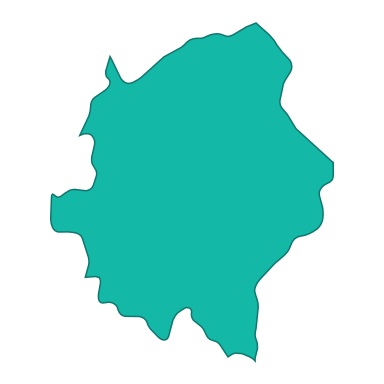 the Region of `Asir
{"feature_id": "SAU-886", "entity_name": "`Asir", "entity_type": "Region", "adm_level": 1, "iso_a3": "SAU", "parent_name": "Saudi Arabia", "parent_adm1": "", "projection": "albers", "projection_center": [42.804, 19.207], "detail": "fine", "context": "isolated", "style": "filled", "palette": "teal", "viewbox_px": 384, "rotation_deg": 0, "n_neighbors": 0, "source": "natural_earth", "source_scale": "10m", "svg_char_len": 2934}
<svg xmlns="http://www.w3.org/2000/svg" viewBox="0 0 384 384"><path d="M255.1,361.0L253.3,359.0L249.4,356.7L242.7,353.9L241.2,353.5L238.1,353.4L236.5,353.0L234.5,353.3L232.5,354.0L228.0,356.9L220.4,345.4L218.9,343.5L217.0,341.9L210.0,339.4L208.3,338.0L207.0,336.3L204.0,330.2L202.8,328.2L200.5,325.9L193.4,320.2L192.0,317.7L191.4,315.4L191.6,311.5L191.2,309.7L190.0,308.2L186.5,307.5L185.7,307.7L181.5,310.1L177.7,312.9L176.1,314.6L174.9,316.4L172.9,320.2L168.7,336.0L167.9,337.8L166.6,339.3L164.9,339.9L163.1,339.9L161.0,339.1L158.8,337.6L150.3,328.8L148.8,326.5L147.7,324.3L147.0,322.3L145.9,320.2L144.1,318.4L141.6,317.1L139.4,316.5L125.1,316.3L123.0,315.7L121.1,314.7L119.2,312.3L118.3,310.4L117.2,306.9L116.5,305.9L115.1,304.4L112.7,303.0L110.6,302.4L108.7,302.2L102.6,303.0L100.8,302.5L99.3,301.1L98.5,298.5L98.4,296.3L98.5,294.1L100.5,282.7L100.4,280.8L100.0,279.0L99.1,277.5L95.6,276.5L85.3,277.3L88.6,265.2L89.0,262.5L88.9,260.0L88.4,257.1L82.3,238.2L81.3,236.3L79.7,234.7L78.0,233.7L76.1,233.0L72.3,232.3L68.3,231.9L58.5,232.0L56.7,231.5L54.9,230.5L53.4,228.9L52.4,227.0L51.7,225.0L51.2,223.1L50.7,219.1L51.5,196.8L51.8,195.1L52.6,194.1L54.0,194.9L55.6,196.1L57.3,197.1L59.1,197.1L60.8,196.3L65.4,192.9L69.4,190.5L71.4,189.9L73.3,189.5L75.3,189.5L85.3,190.7L86.6,190.6L88.0,190.3L89.7,189.6L91.3,188.4L92.6,186.7L93.5,184.9L96.6,175.2L96.6,172.8L96.1,170.5L92.3,164.0L91.8,162.1L91.6,159.5L91.7,157.3L94.5,144.9L94.7,142.9L94.6,141.0L94.0,139.0L93.0,137.1L91.7,135.4L90.5,134.6L89.2,134.0L87.5,133.7L83.7,133.9L79.7,135.5L88.9,115.9L90.2,111.1L90.8,104.3L91.5,101.8L92.9,99.2L94.8,97.4L105.5,90.0L107.4,88.2L109.4,85.3L110.0,82.9L109.8,80.7L108.6,78.9L106.4,76.6L105.8,73.8L105.7,71.3L110.0,56.6L111.6,59.4L120.7,78.3L122.2,80.2L123.9,81.7L125.7,82.8L127.7,83.4L130.3,83.3L133.3,82.3L138.1,79.6L141.2,77.4L163.9,56.9L181.6,47.2L184.0,45.1L187.5,41.7L189.7,40.1L192.2,39.1L195.4,38.4L201.0,38.3L202.3,38.1L204.1,37.5L209.6,35.1L212.5,34.3L216.3,33.8L218.8,33.9L221.1,34.4L226.9,36.4L229.5,36.2L232.6,35.1L246.6,26.8L256.0,23.0L269.1,34.7L274.1,40.4L276.9,45.0L282.3,52.1L289.8,60.2L291.0,62.5L291.5,64.6L291.7,66.3L291.7,68.1L291.6,68.5L291.0,70.5L290.2,72.2L285.0,80.5L283.3,84.2L279.9,100.6L279.9,102.9L280.6,105.9L282.0,108.2L287.2,114.3L296.0,128.7L331.6,161.2L333.2,162.3L333.3,174.3L333.0,177.4L332.3,179.6L331.4,180.7L330.0,181.9L324.1,185.1L322.0,187.0L319.8,190.4L319.2,193.0L319.3,195.3L322.6,207.4L323.0,211.6L323.1,214.9L322.8,218.5L322.2,221.1L321.3,223.5L320.2,225.4L318.8,227.2L317.2,228.9L313.2,231.6L309.1,233.7L305.1,235.2L298.8,236.5L296.8,237.4L294.6,238.9L292.7,241.1L291.5,243.4L289.4,248.5L288.3,250.5L287.2,252.1L284.4,255.2L274.3,263.9L259.7,279.6L257.4,282.7L255.6,286.1L254.8,288.8L254.7,291.2L255.7,295.4L257.1,299.6L258.0,303.5L258.2,307.5L256.0,328.7L255.2,332.5L255.1,335.2L255.4,337.4L257.3,343.3L257.5,348.4L255.1,358.0L255.1,361.0Z" fill="#14b8a6" stroke="#0f766e" stroke-width="1.5"/></svg>